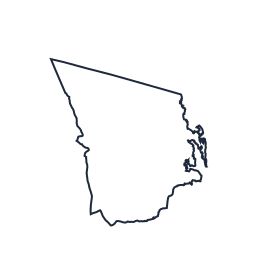 outline of Mkinga, Tanga, United Republic of Tanzania, rotated 337°
{"feature_id": "72390352B38372573514065", "entity_name": "Mkinga", "entity_type": "district", "adm_level": 2, "iso_a3": "TZA", "parent_name": "United Republic of Tanzania", "parent_adm1": "Tanga", "projection": "robinson", "projection_center": [39.042, -4.697], "detail": "fine", "context": "isolated", "style": "outline", "palette": "slate", "viewbox_px": 256, "rotation_deg": 337, "n_neighbors": 0, "source": "geoboundaries", "source_scale": "gbopen_adm2", "svg_char_len": 5998}
<svg xmlns="http://www.w3.org/2000/svg" viewBox="0 0 256 256"><g transform="rotate(337 128 128)"><path d="M60.1,192.8L62.6,192.7L66.3,193.1L67.5,192.9L70.0,192.8L70.0,193.3L70.5,193.9L70.4,194.4L70.5,196.5L70.4,197.9L70.4,199.4L71.3,203.9L72.8,207.1L74.1,211.0L75.0,211.3L77.1,211.2L78.5,210.7L80.5,209.5L81.4,209.3L82.9,210.0L84.7,211.2L86.3,212.6L88.2,213.9L89.8,214.2L91.0,213.9L91.9,214.4L92.2,214.8L93.1,215.3L94.3,215.5L95.7,216.4L96.3,216.6L97.0,216.7L99.0,216.6L100.2,216.8L100.6,217.0L101.7,218.3L102.0,218.4L104.3,219.1L105.0,219.7L106.0,219.9L106.4,220.2L107.0,220.0L108.6,221.0L109.5,220.9L109.8,220.4L110.2,220.3L112.9,221.1L113.3,221.0L115.7,221.5L116.1,221.1L116.2,220.4L116.9,220.3L117.0,220.5L117.3,221.4L119.6,220.7L120.9,220.9L121.3,220.6L121.7,219.8L122.5,219.0L122.9,217.7L124.0,217.2L124.6,216.3L125.0,216.0L126.6,215.5L127.9,215.7L128.8,215.6L130.5,216.3L132.5,216.8L135.8,210.8L137.7,207.9L138.6,207.1L139.2,206.8L141.7,207.0L143.2,206.3L144.7,204.0L145.6,202.2L147.5,200.8L148.9,200.6L149.9,200.8L150.9,200.3L151.3,200.7L152.1,200.5L153.2,200.7L156.2,201.8L156.9,202.5L157.1,202.5L157.5,202.1L158.1,202.1L158.3,201.3L158.5,201.2L159.3,202.0L160.8,202.3L161.7,202.7L162.6,202.7L163.6,202.3L163.7,202.6L163.6,203.4L164.5,205.0L165.0,204.6L165.2,203.3L165.8,202.3L166.6,201.5L167.3,201.3L168.3,202.3L169.0,202.3L169.5,202.8L169.5,203.2L169.8,203.7L172.3,204.2L172.9,204.5L173.5,205.3L173.9,205.3L173.9,204.7L175.5,203.3L176.2,201.9L177.0,200.9L177.0,200.5L176.6,199.6L176.0,196.3L175.4,194.7L174.9,194.5L174.4,193.9L173.1,193.0L172.6,192.9L171.5,191.5L170.0,190.3L169.3,190.0L168.4,191.1L167.2,191.8L166.2,190.9L165.0,190.4L164.8,190.2L164.6,190.0L165.6,189.4L165.7,189.2L165.7,187.7L165.9,187.2L166.2,187.4L166.3,188.4L166.9,188.4L167.0,187.9L167.1,186.4L167.6,184.8L167.2,184.7L167.1,185.3L166.9,185.3L166.7,184.7L165.5,184.7L165.3,184.2L165.7,183.3L166.1,182.7L166.9,182.8L167.3,182.6L167.6,181.9L167.8,181.8L168.2,182.1L168.7,181.4L168.7,181.2L168.3,180.6L168.3,180.4L168.6,180.2L169.6,180.3L169.7,180.5L169.5,180.9L169.9,181.3L170.2,181.3L170.9,181.0L170.7,181.3L170.8,181.8L170.2,181.9L170.1,182.1L170.5,182.6L170.5,182.8L170.2,183.0L169.4,182.8L169.3,183.3L169.5,184.0L169.9,184.2L170.0,184.4L169.8,184.7L169.8,184.9L170.2,185.2L170.4,185.7L170.2,186.8L170.4,187.4L171.1,187.5L172.1,187.2L172.5,187.5L173.2,188.6L174.7,189.2L175.3,188.9L176.2,186.2L177.3,184.0L177.9,183.0L177.8,182.5L177.6,182.3L177.1,182.3L176.7,182.0L176.7,181.8L177.2,180.9L177.4,179.5L176.5,179.2L176.8,178.5L177.7,178.9L178.0,178.4L177.9,177.2L178.1,176.7L178.5,175.9L179.2,175.2L179.5,175.1L180.1,174.3L180.0,173.1L180.7,172.6L180.8,170.7L180.5,170.2L181.3,169.8L181.2,168.9L180.4,167.3L179.9,167.1L178.8,165.2L178.3,164.6L178.3,162.9L178.7,162.9L179.2,164.0L180.0,164.5L180.6,164.2L181.6,164.3L182.4,164.1L183.9,165.3L183.9,165.9L183.6,166.2L184.1,166.4L183.9,167.3L184.2,168.0L184.1,168.3L184.8,168.8L185.0,169.1L184.7,169.7L185.7,170.8L185.4,172.4L185.2,173.0L185.5,173.5L185.4,173.8L184.8,174.1L184.8,174.5L185.7,175.2L186.0,175.1L188.0,173.5L188.5,173.5L188.6,174.2L188.4,175.0L187.9,175.5L186.1,176.4L185.8,176.9L185.6,179.2L186.1,179.9L186.3,180.0L186.8,179.8L186.8,180.0L186.7,180.8L185.6,181.7L185.6,182.2L185.8,182.7L185.7,182.9L185.0,183.0L184.7,183.4L184.9,183.7L185.6,183.9L185.4,184.2L184.6,184.6L184.6,184.9L185.8,186.7L185.8,188.0L185.1,190.5L184.6,193.1L184.8,194.1L185.2,194.2L185.1,193.8L185.6,192.6L185.9,191.1L186.6,190.3L187.6,187.9L187.6,187.2L187.4,186.2L187.5,185.6L189.4,182.2L189.4,180.9L190.4,178.5L192.1,176.4L192.4,174.6L193.1,173.5L193.3,172.9L193.8,172.1L193.8,171.0L194.5,168.5L194.5,168.2L194.2,167.6L193.4,167.0L192.9,167.0L192.7,167.4L192.8,168.2L192.3,169.8L192.3,170.4L191.4,171.6L190.8,170.3L191.0,169.9L191.2,168.6L191.4,168.2L191.4,166.6L191.1,166.6L190.1,167.5L189.5,168.1L189.1,168.8L189.0,167.4L189.1,166.7L190.0,165.3L189.7,164.8L189.8,164.3L190.2,164.0L191.4,163.7L191.4,163.1L190.9,162.3L191.0,161.0L191.5,161.3L192.0,162.4L192.7,162.8L192.9,163.2L193.1,163.2L193.6,162.2L193.8,162.0L194.1,162.0L194.6,162.5L194.9,162.4L195.2,161.9L195.5,160.8L195.9,158.1L195.3,155.4L194.6,153.6L193.9,153.5L193.6,153.9L193.1,154.1L192.2,153.8L191.8,153.8L191.3,154.2L193.1,155.9L193.3,156.2L193.3,157.2L193.1,158.0L192.8,158.1L191.8,157.9L191.7,158.0L191.1,159.8L190.6,160.0L190.4,159.8L189.9,158.5L189.4,158.1L188.5,157.9L188.3,157.6L188.1,156.9L187.7,157.0L187.3,157.5L186.8,158.5L186.4,158.6L186.0,158.1L185.9,157.9L186.2,157.0L185.4,155.1L183.2,152.0L182.6,152.0L182.7,151.0L183.2,149.6L183.6,148.9L184.3,148.4L184.6,147.0L185.3,145.6L185.2,145.0L184.7,145.8L184.5,145.7L184.6,144.8L184.3,144.3L184.5,143.2L184.2,142.8L183.0,142.0L183.0,140.8L183.6,138.4L184.3,136.9L184.8,136.6L185.3,137.1L185.5,137.1L185.8,136.1L187.0,134.8L187.3,133.7L188.0,133.3L188.1,132.8L187.9,131.8L187.3,131.6L187.2,130.8L187.0,130.7L186.6,130.7L186.7,129.9L186.2,129.5L186.5,129.2L186.2,128.8L186.4,128.6L187.0,128.5L186.5,128.1L186.3,126.5L186.5,126.2L186.5,125.9L185.5,125.5L185.6,125.1L186.2,125.0L186.3,124.7L186.3,124.1L187.1,124.4L187.1,124.1L186.9,123.6L188.1,123.5L188.2,122.2L188.5,122.1L188.9,122.3L189.1,122.2L189.7,120.1L189.9,118.0L189.1,117.2L162.6,95.8L133.6,72.5L113.2,56.9L94.3,42.0L84.0,34.5L83.9,44.9L84.0,71.3L84.7,72.1L84.8,74.1L85.3,75.3L86.1,76.5L85.2,78.0L85.2,79.2L84.2,82.7L84.4,87.7L84.8,89.1L84.7,91.2L84.1,94.3L84.5,99.0L83.4,102.0L82.7,103.2L82.2,106.3L83.4,109.6L83.8,111.7L83.5,113.1L83.8,114.7L83.6,116.9L83.2,117.4L82.0,117.4L80.8,116.9L78.9,116.6L76.5,119.4L75.7,119.8L76.5,120.9L78.1,124.3L79.4,125.1L79.4,126.4L80.8,128.9L81.5,129.7L82.5,130.2L83.4,131.1L83.5,132.6L83.4,132.9L82.1,133.4L80.6,133.5L78.9,134.2L78.1,135.1L77.1,136.7L78.2,138.3L77.5,139.7L77.2,141.1L76.2,143.6L76.2,145.4L75.4,147.9L72.2,153.5L72.1,154.3L71.6,155.6L71.2,157.4L70.2,160.7L70.0,162.6L69.9,164.2L69.1,168.2L68.9,171.2L68.3,176.2L67.4,178.2L65.2,181.8L64.6,183.0L64.1,183.6L62.1,187.7L60.9,190.3L60.1,192.8Z" fill="none" stroke="#1e293b" stroke-width="2"/></g></svg>